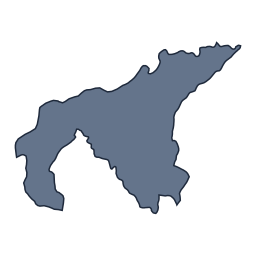 Chhimung, Pemagatsel, Bhutan
{"feature_id": "84629894B81792888214428", "entity_name": "Chhimung", "entity_type": "district", "adm_level": 2, "iso_a3": "BTN", "parent_name": "Bhutan", "parent_adm1": "Pemagatsel", "projection": "natural_earth1", "projection_center": [91.294, 27.039], "detail": "fine", "context": "isolated", "style": "filled", "palette": "slate", "viewbox_px": 256, "rotation_deg": 0, "n_neighbors": 0, "source": "geoboundaries", "source_scale": "gbopen_adm2", "svg_char_len": 5481}
<svg xmlns="http://www.w3.org/2000/svg" viewBox="0 0 256 256"><path d="M240.6,45.8L239.2,45.4L238.3,45.3L237.0,46.1L235.8,46.8L235.6,47.6L235.1,48.5L234.3,49.0L233.6,49.1L232.8,49.0L232.1,48.7L231.2,48.0L229.9,46.6L228.2,45.5L227.1,45.5L225.7,45.6L223.8,45.9L222.2,46.4L221.1,46.6L220.2,46.4L219.2,45.5L218.5,44.5L217.5,43.4L216.6,42.6L216.2,43.9L214.9,46.3L214.3,46.8L213.5,47.2L212.4,47.2L210.8,46.6L209.4,46.4L207.3,46.6L205.7,47.4L203.3,47.3L201.5,47.5L200.0,48.0L199.7,49.4L200.0,51.2L200.0,52.6L199.5,54.6L198.7,55.9L197.5,56.4L196.2,56.4L195.4,56.0L194.5,54.7L193.5,53.5L192.1,52.8L191.1,52.8L190.1,53.3L188.9,53.5L188.0,53.5L186.2,53.1L184.7,51.9L183.6,51.1L182.2,50.8L180.5,51.0L178.7,51.8L177.6,52.6L177.0,52.8L174.8,53.7L172.7,54.2L171.4,54.4L168.8,54.4L167.9,53.5L167.2,52.0L166.7,50.9L165.5,49.7L164.1,49.8L161.8,51.3L160.4,52.4L159.2,53.7L158.7,56.1L158.8,58.1L159.3,59.3L160.1,61.0L160.1,62.4L159.6,64.0L158.7,66.0L157.6,68.0L156.4,69.7L154.7,71.3L152.9,72.8L150.4,73.8L148.4,73.4L148.2,72.3L148.9,70.6L148.9,69.5L149.0,68.5L147.0,66.4L145.7,65.7L143.3,65.7L142.2,66.5L141.5,67.5L141.1,67.9L139.8,70.4L136.8,74.5L135.7,76.1L134.2,77.9L133.0,79.0L131.4,80.4L130.4,81.1L128.1,83.0L126.2,84.0L125.2,84.5L122.8,85.4L117.3,89.0L111.8,91.4L107.5,91.9L103.9,90.2L99.8,87.9L98.2,88.0L95.5,88.2L90.6,89.6L86.7,89.9L84.3,90.8L81.4,93.1L78.3,96.0L74.6,96.9L69.1,98.8L65.1,101.6L62.6,102.8L58.4,101.5L58.1,101.0L53.5,100.4L50.8,101.2L45.8,103.2L41.5,106.2L39.9,107.5L39.5,109.3L38.9,115.9L37.3,124.3L35.4,128.6L30.2,131.9L25.2,134.3L18.3,138.9L15.9,142.6L15.4,145.2L15.4,147.9L16.2,154.5L16.6,157.3L20.8,155.2L21.8,154.8L22.7,154.7L23.6,154.8L24.5,155.2L25.4,155.7L26.1,156.1L26.8,160.5L26.5,164.7L25.8,168.2L26.9,172.7L26.6,176.9L25.1,179.7L23.7,183.0L24.8,187.0L25.0,189.4L25.8,192.0L27.6,193.8L29.3,196.2L31.6,198.8L34.7,201.4L35.7,203.8L37.7,205.5L38.5,205.7L39.9,206.1L44.1,205.7L48.8,206.9L51.6,208.0L54.2,209.2L58.5,209.6L62.2,210.4L63.4,203.1L63.8,198.5L63.0,195.8L61.5,194.4L60.3,193.6L59.1,192.6L56.9,191.8L55.2,189.0L55.0,186.1L54.4,182.6L54.0,174.4L53.2,173.4L51.7,172.0L49.5,171.3L49.0,169.7L49.5,168.0L50.3,166.0L51.0,164.8L53.1,161.8L54.4,160.5L54.8,159.8L55.2,159.1L55.6,158.5L56.1,157.3L57.7,153.7L59.1,151.6L60.1,150.3L61.1,148.9L61.6,148.5L62.2,147.9L63.9,146.7L67.1,144.8L69.5,143.1L71.1,141.9L72.2,140.7L73.8,139.5L74.8,138.2L75.6,137.1L75.3,136.3L74.7,135.8L74.3,135.3L74.6,134.2L75.0,133.3L75.5,132.5L75.9,131.4L76.2,130.7L76.6,129.2L77.3,129.2L78.1,129.2L79.0,129.6L79.8,130.3L80.7,130.6L81.4,131.0L81.7,131.8L82.5,132.8L83.2,133.9L83.6,135.0L84.4,135.7L85.5,136.2L87.0,136.6L88.4,136.9L88.6,138.0L88.2,138.6L87.6,139.6L86.9,140.7L87.0,141.4L87.4,142.1L88.1,142.6L89.1,143.2L90.2,143.6L91.3,144.3L91.3,144.9L91.3,145.7L91.2,147.4L91.5,148.1L92.2,148.6L93.7,149.5L93.9,150.2L94.0,151.2L94.1,152.0L94.1,152.9L94.1,153.8L94.5,154.7L95.1,156.4L96.1,156.9L97.0,157.2L97.7,157.2L98.4,157.2L99.4,157.4L100.4,157.8L102.2,158.5L103.9,158.9L106.4,159.4L107.7,159.8L108.6,160.8L109.1,162.3L110.0,165.7L110.4,167.2L110.6,167.9L110.9,168.5L111.4,169.0L112.0,169.0L112.6,168.3L113.1,167.7L113.8,167.1L114.7,166.5L115.5,166.7L115.9,167.2L116.0,167.9L116.3,170.8L116.2,171.7L116.1,173.5L117.4,177.2L118.4,178.4L119.5,179.3L120.8,179.7L121.8,180.2L122.8,181.2L123.0,182.4L123.1,183.6L123.3,184.5L123.5,185.4L124.0,186.5L125.0,188.0L127.3,189.7L128.2,190.7L128.9,192.1L129.6,193.1L130.7,193.7L132.8,194.7L133.8,195.0L134.4,195.7L135.2,196.4L136.2,197.9L136.8,199.4L137.3,200.6L138.1,201.8L139.1,203.7L139.6,205.3L139.9,206.8L140.7,207.3L142.1,207.7L142.8,207.8L143.5,207.8L144.2,207.8L144.9,207.7L145.6,207.6L146.3,207.6L147.0,207.5L147.6,207.5L148.3,207.4L149.1,207.4L149.7,207.4L150.3,207.8L150.8,208.3L151.2,208.9L151.4,209.6L151.4,210.4L151.7,211.0L152.2,211.6L152.7,212.1L153.1,212.7L153.8,213.0L154.4,213.1L155.1,213.3L155.8,213.4L157.0,212.0L157.9,209.9L158.3,207.5L158.1,206.0L157.7,204.8L158.0,202.6L158.7,200.7L159.0,199.0L159.0,196.8L159.0,195.0L165.2,195.9L167.7,195.5L169.7,195.7L170.9,196.1L171.7,196.8L172.5,197.5L173.4,198.3L174.2,199.3L174.6,199.9L175.9,202.6L176.7,204.2L176.9,204.9L178.0,203.3L180.3,200.4L180.2,198.7L180.1,197.3L180.0,196.3L179.8,195.1L179.6,194.3L179.5,193.3L180.2,191.6L181.1,189.9L183.6,186.7L185.1,184.4L186.5,182.5L187.5,180.6L188.4,178.5L189.2,176.8L188.7,175.7L187.8,173.9L187.0,172.8L185.9,171.7L185.0,171.1L184.2,170.6L183.1,169.9L181.6,169.2L179.6,168.1L177.6,167.1L176.7,166.7L175.4,166.2L173.8,165.6L174.0,164.6L174.7,161.8L176.0,159.5L176.3,156.7L176.5,155.4L177.6,153.6L178.1,152.2L178.7,150.6L178.7,148.7L178.3,146.9L177.2,143.8L176.1,141.8L175.8,141.3L174.1,140.5L172.5,140.7L172.2,139.7L172.0,139.1L171.8,137.9L171.8,137.3L172.1,136.3L172.4,134.1L172.4,131.3L173.3,127.7L173.7,124.9L173.7,124.2L173.9,121.8L174.0,119.2L173.8,117.5L174.0,116.3L174.3,115.0L174.8,113.7L175.2,112.5L175.8,111.6L177.2,110.0L178.2,108.7L179.1,107.0L180.7,103.5L181.5,101.8L182.4,100.7L183.3,99.9L184.4,99.1L186.0,98.0L187.0,96.8L188.1,95.0L189.0,93.5L190.2,92.4L191.4,92.1L193.2,91.5L194.9,90.8L195.5,89.7L196.2,88.0L197.4,85.8L198.6,84.6L199.5,84.1L200.8,83.7L202.0,83.4L203.9,82.8L205.9,81.6L208.1,79.9L209.5,78.8L210.3,78.0L211.6,76.5L215.0,72.3L216.2,71.4L217.7,70.9L219.2,70.8L220.4,69.9L221.0,68.9L221.7,67.7L222.5,66.0L224.0,63.4L224.9,62.1L225.8,61.1L226.7,60.3L229.9,57.9L231.1,57.0L232.4,55.4L233.9,53.7L236.2,51.5L237.1,50.8L238.0,49.9L239.5,48.7L240.2,47.6L240.6,45.8Z" fill="#64748b" stroke="#1e293b" stroke-width="1.5"/></svg>